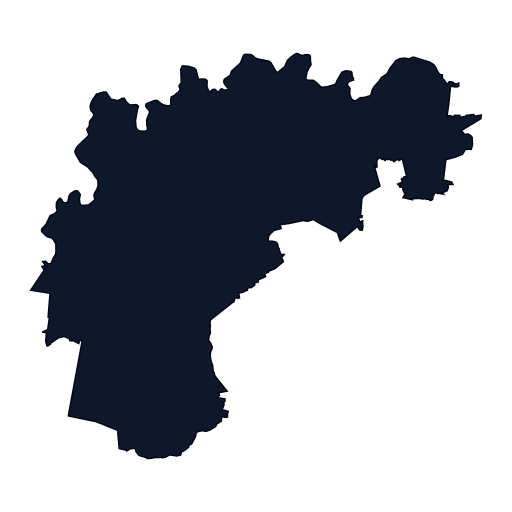 the district of José Sixto Verduzco, Michoacán, Mexico
{"feature_id": "50627088B2791388082970", "entity_name": "José Sixto Verduzco", "entity_type": "district", "adm_level": 2, "iso_a3": "MEX", "parent_name": "Mexico", "parent_adm1": "Michoacán", "projection": "albers", "projection_center": [-101.555, 20.242], "detail": "fine", "context": "isolated", "style": "filled", "palette": "ink", "viewbox_px": 512, "rotation_deg": 0, "n_neighbors": 0, "source": "geoboundaries", "source_scale": "gbopen_adm2", "svg_char_len": 5898}
<svg xmlns="http://www.w3.org/2000/svg" viewBox="0 0 512 512"><path d="M439.7,74.4L437.7,71.7L435.9,67.6L433.6,64.5L429.7,62.1L413.6,57.1L411.2,57.8L409.2,59.0L405.0,58.1L399.8,58.6L395.9,60.6L390.0,68.1L387.1,73.8L381.3,77.6L379.1,81.2L374.4,86.2L372.4,89.5L370.6,95.5L364.6,97.4L360.0,97.7L356.1,100.6L354.3,100.7L352.6,99.9L351.1,98.2L349.7,93.9L350.0,88.5L347.1,84.5L348.8,81.6L353.5,80.1L353.6,79.0L352.3,76.1L352.0,73.2L351.7,72.1L350.5,71.3L345.4,70.8L341.9,72.2L337.1,80.4L335.8,83.6L334.6,84.6L326.9,86.8L322.3,87.2L320.7,86.8L316.9,82.9L313.3,80.3L307.9,80.2L306.1,79.4L305.9,77.7L307.0,72.1L309.0,67.7L310.8,65.4L311.0,64.2L310.4,60.5L310.4,56.8L309.9,55.5L308.6,54.7L305.3,54.7L301.9,55.6L298.0,53.7L296.7,53.5L295.1,54.1L290.9,57.1L287.4,60.4L284.6,66.8L277.6,72.4L276.3,71.8L270.9,62.7L268.9,61.1L257.8,59.0L254.9,57.7L253.0,55.8L250.8,54.5L245.3,54.3L243.7,55.0L240.3,63.2L231.6,71.1L230.1,75.4L224.4,79.2L223.7,81.1L224.0,82.9L225.8,85.9L228.7,88.9L228.3,89.7L224.2,90.1L221.9,88.8L220.5,89.3L219.2,91.6L217.6,91.8L214.9,89.3L212.8,89.4L209.9,91.7L208.8,91.2L207.0,86.7L207.1,80.6L206.0,79.5L203.8,79.0L198.4,79.2L196.1,69.9L194.1,67.9L188.4,66.3L183.1,65.8L182.1,66.2L180.8,69.4L181.2,81.8L181.1,83.1L179.5,84.8L179.0,86.4L180.3,89.4L178.1,92.3L176.1,93.7L175.4,94.8L171.2,97.0L170.6,100.0L170.9,104.4L170.3,105.3L169.2,105.9L167.6,105.8L164.2,105.1L161.3,103.7L157.7,100.8L156.2,100.3L153.9,100.7L146.4,103.6L145.9,104.3L145.7,105.6L146.2,107.2L149.3,110.9L149.7,112.1L146.9,119.0L146.6,121.0L146.8,125.3L147.5,128.5L147.2,130.2L145.6,131.1L144.0,131.2L139.5,131.0L137.4,129.6L136.0,127.2L135.5,120.6L137.3,110.1L138.4,106.7L138.0,105.7L136.4,104.6L130.0,105.0L128.4,103.9L126.2,101.5L124.3,98.3L122.2,98.3L118.9,100.2L116.9,100.5L110.7,99.0L106.2,92.1L103.4,92.0L96.4,94.2L91.8,101.0L90.3,105.4L90.3,108.1L90.9,110.3L94.0,114.2L92.7,117.7L91.3,119.0L89.6,121.8L89.2,126.3L86.8,129.6L88.6,134.2L88.5,135.7L77.8,145.9L76.1,148.3L74.9,151.2L75.5,153.9L80.4,162.3L87.5,166.8L92.5,172.1L94.9,176.4L97.8,179.8L98.1,185.4L97.2,188.5L94.2,193.9L94.0,195.9L94.7,199.1L94.5,200.1L88.5,205.0L82.3,205.4L80.9,205.0L79.9,203.1L79.4,199.1L80.3,194.5L77.8,191.0L76.1,190.7L74.0,191.3L70.5,193.7L69.0,196.0L67.9,201.4L66.7,202.7L64.8,202.8L63.3,202.2L62.3,201.1L61.7,199.6L60.0,198.1L57.7,200.4L56.4,203.0L56.3,207.4L57.1,210.1L56.9,211.4L54.8,213.5L50.2,215.5L45.9,224.6L42.0,228.6L41.5,230.1L41.6,231.4L45.6,235.5L47.5,236.9L51.7,237.9L53.3,239.5L55.9,244.2L55.9,252.2L55.5,254.4L53.4,257.8L51.2,263.1L50.1,263.8L48.1,263.7L45.6,261.3L42.7,261.5L45.3,265.3L42.0,266.6L43.3,268.9L45.4,268.3L30.7,290.2L50.0,293.3L48.1,317.1L49.4,317.3L47.7,329.5L42.7,331.9L42.8,332.3L46.3,332.7L45.8,341.9L47.0,345.8L47.6,345.5L47.9,345.9L50.6,344.0L50.6,343.3L58.3,337.9L63.0,336.6L64.7,336.7L69.2,338.7L69.8,340.7L71.7,340.8L71.8,340.1L78.8,343.5L79.4,340.6L82.2,340.7L68.3,415.9L96.2,421.7L117.2,430.2L117.6,430.7L119.2,448.6L126.0,450.1L126.6,451.0L128.9,449.7L128.9,449.1L134.5,448.2L135.3,448.8L136.0,451.6L138.9,455.4L146.7,457.7L146.8,458.4L149.7,458.5L153.4,457.9L154.0,457.1L155.2,457.6L161.7,457.4L162.3,457.8L165.8,457.0L169.6,454.9L177.1,456.0L179.9,454.9L180.6,455.2L181.4,452.4L182.4,451.4L183.6,451.1L188.6,447.3L189.1,445.1L191.6,444.0L195.5,436.6L196.3,432.4L199.3,431.2L202.5,430.7L206.0,431.4L209.9,430.0L215.4,426.7L217.6,423.0L218.4,423.2L219.7,422.0L221.1,421.6L221.9,416.6L225.8,417.5L227.6,416.9L227.4,414.3L228.3,411.4L223.0,409.9L222.4,408.8L224.0,405.1L223.7,402.4L225.0,401.2L225.0,398.9L218.4,397.8L218.2,396.7L219.4,395.5L219.1,394.0L217.6,393.0L227.1,391.1L214.9,375.9L214.1,372.5L213.2,371.5L212.7,365.7L210.8,360.1L210.2,355.2L210.6,352.0L212.0,348.7L212.2,346.8L210.8,343.3L208.5,340.3L209.2,335.7L210.4,333.2L210.0,329.1L210.4,325.0L209.9,323.5L210.5,319.9L232.9,302.2L233.7,302.2L235.0,298.1L236.6,297.7L237.3,298.4L239.5,297.9L238.7,293.2L243.6,292.0L243.5,291.6L247.5,290.2L247.1,288.5L251.0,287.2L251.3,287.6L254.8,285.1L254.3,283.3L258.4,281.8L257.8,280.1L265.6,276.6L264.6,273.5L268.5,272.2L268.3,271.4L275.0,268.6L283.4,261.6L281.7,257.0L283.4,255.8L283.3,254.6L285.2,254.5L282.3,254.5L281.7,254.9L281.6,254.3L281.3,255.3L279.0,249.3L279.1,248.4L278.4,247.9L277.4,243.5L275.8,242.0L272.0,241.1L268.3,241.3L268.2,239.8L268.8,235.9L270.4,233.8L274.0,230.4L281.1,228.6L280.1,224.7L288.5,223.6L302.9,220.6L307.7,221.3L313.3,219.5L319.9,223.5L337.4,232.5L340.3,241.2L357.2,226.6L359.7,230.0L362.3,230.2L363.0,226.1L362.6,224.1L362.7,220.8L361.8,221.0L360.5,223.1L358.0,217.3L361.9,217.6L362.2,215.8L360.6,215.3L361.9,199.0L362.9,196.8L364.9,194.8L380.0,186.1L373.7,164.0L376.2,167.3L377.0,166.9L376.8,160.7L378.5,158.4L379.7,157.8L382.3,159.5L383.3,159.1L385.3,160.6L386.1,158.5L387.7,159.7L389.7,159.1L390.5,160.1L392.4,160.2L394.0,161.7L396.2,160.0L398.5,159.3L398.9,160.5L402.3,158.8L406.6,176.5L403.8,177.0L403.9,178.0L401.9,178.5L401.4,179.4L402.6,181.9L397.6,184.1L399.6,186.0L399.7,187.0L402.8,187.4L403.0,190.4L404.2,191.9L404.2,192.7L405.7,192.8L403.0,197.6L412.5,199.8L412.5,198.7L419.0,198.4L423.1,199.0L425.7,198.4L426.1,199.3L429.3,199.4L429.9,200.4L430.8,200.5L432.6,199.4L433.1,196.2L434.2,194.5L433.7,193.0L434.6,193.3L436.5,192.7L436.2,192.2L437.5,193.6L439.0,193.3L443.5,194.2L442.2,192.9L447.2,190.7L448.4,187.3L447.8,184.6L452.9,184.5L451.6,181.9L443.4,180.0L445.9,159.7L455.3,157.1L462.4,154.4L464.3,151.4L464.5,149.8L469.1,149.1L471.3,149.4L472.5,144.8L472.2,137.5L470.8,135.6L468.1,134.0L464.6,134.4L461.4,130.5L480.9,118.7L481.3,115.0L474.3,116.3L473.8,114.5L466.1,115.4L466.0,116.3L460.1,117.2L459.8,115.3L454.2,115.4L454.2,117.4L450.4,115.6L448.4,115.8L446.9,116.9L448.6,105.6L450.5,86.9L451.2,86.2L454.8,86.9L457.6,86.9L459.0,85.7L458.2,84.2L458.8,83.2L458.1,83.1L457.4,83.9L454.4,83.6L452.7,82.0L449.4,81.7L447.9,83.7L446.6,83.7L444.1,79.8L443.0,79.4L442.3,76.6L442.4,74.8L439.7,74.4Z" fill="#0f172a" stroke="#020617" stroke-width="1.5"/></svg>